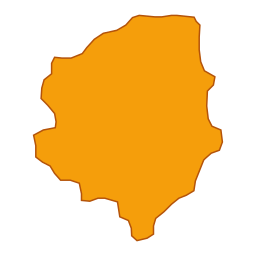 the district of Asan-si, South Chungcheong, South Korea
{"feature_id": "91817680B56248521536513", "entity_name": "Asan-si", "entity_type": "district", "adm_level": 2, "iso_a3": "KOR", "parent_name": "South Korea", "parent_adm1": "South Chungcheong", "projection": "mercator", "projection_center": [126.979, 36.786], "detail": "fine", "context": "isolated", "style": "filled", "palette": "amber", "viewbox_px": 256, "rotation_deg": 0, "n_neighbors": 0, "source": "geoboundaries", "source_scale": "gbopen_adm2", "svg_char_len": 983}
<svg xmlns="http://www.w3.org/2000/svg" viewBox="0 0 256 256"><path d="M194.1,17.2L176.7,15.4L171.5,15.4L161.7,16.9L155.0,16.9L139.2,15.4L132.5,17.6L125.8,25.1L116.8,30.3L103.3,33.3L94.3,39.3L86.8,47.6L82.3,53.6L71.1,58.1L62.1,58.1L54.6,57.3L51.6,63.3L51.6,73.8L44.1,79.8L41.8,88.0L41.1,98.5L47.8,105.3L54.6,113.5L56.1,121.8L55.3,127.7L43.3,130.0L33.6,135.2L34.0,137.0L35.8,145.7L35.8,157.0L42.6,162.2L50.1,166.0L54.6,173.4L60.6,180.2L70.3,180.2L79.3,183.2L81.5,193.7L81.5,200.4L89.8,201.2L98.0,198.2L104.8,198.2L117.5,201.9L119.8,216.8L128.4,220.5L131.3,228.2L131.7,235.8L137.0,240.6L147.1,238.2L153.5,234.1L153.5,225.9L155.7,218.4L164.0,211.7L171.5,204.2L178.9,198.2L186.4,195.2L193.9,190.7L195.4,180.9L203.7,160.0L205.2,158.5L211.2,153.2L219.4,150.2L222.4,142.0L220.9,130.0L211.9,126.2L208.2,118.8L206.7,106.0L207.4,91.0L213.4,85.0L214.9,76.8L204.4,70.8L200.7,61.8L199.2,49.8L199.2,37.1L199.9,25.1L196.2,21.4L194.1,17.2Z" fill="#f59e0b" stroke="#b45309" stroke-width="1.5"/></svg>